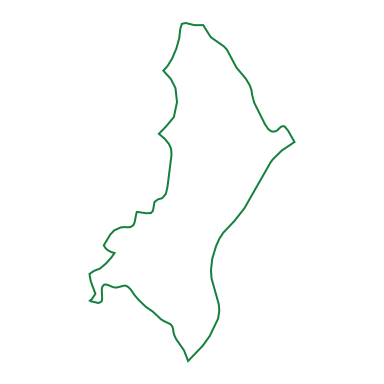 an SVG outline of Central
{"feature_id": "PRY-607", "entity_name": "Central", "entity_type": "Department", "adm_level": 1, "iso_a3": "PRY", "parent_name": "Paraguay", "parent_adm1": "", "projection": "natural_earth1", "projection_center": [-57.553, -25.559], "detail": "fine", "context": "isolated", "style": "outline", "palette": "green", "viewbox_px": 384, "rotation_deg": 0, "n_neighbors": 0, "source": "natural_earth", "source_scale": "10m", "svg_char_len": 1597}
<svg xmlns="http://www.w3.org/2000/svg" viewBox="0 0 384 384"><path d="M146.1,213.2L150.9,213.1L153.0,210.7L154.5,202.0L157.9,199.4L162.1,198.2L165.8,194.0L167.4,187.4L171.5,154.9L171.1,148.8L168.9,143.9L164.7,138.8L158.9,133.8L166.2,126.3L173.9,117.0L177.0,102.1L175.5,88.2L170.8,78.9L163.3,70.7L167.5,66.1L172.2,58.4L176.3,48.7L179.2,38.4L180.3,28.9L181.8,23.9L185.6,23.0L194.3,25.1L203.2,25.1L210.3,36.5L211.3,37.6L223.9,46.4L226.9,49.6L236.4,67.5L245.8,78.7L249.7,85.2L251.4,90.0L252.3,95.6L254.2,102.7L265.0,124.3L268.1,128.9L270.1,130.6L272.3,131.6L274.4,131.5L276.3,131.0L277.5,130.1L279.7,127.9L281.3,126.6L282.7,126.2L284.6,126.4L288.1,130.7L294.5,142.0L281.7,150.6L272.7,159.5L270.6,162.3L244.4,208.3L234.3,221.1L223.2,232.8L219.5,238.5L216.1,246.0L212.2,258.9L211.0,270.0L211.5,278.3L218.7,303.9L219.3,310.5L218.1,318.6L209.8,335.9L202.7,345.8L188.1,361.0L184.0,350.4L176.2,339.2L174.4,335.5L173.5,332.3L173.0,328.4L172.0,326.1L170.7,324.3L164.4,321.3L161.1,319.4L152.9,311.7L145.6,306.6L138.8,300.1L134.6,295.2L130.4,289.1L127.9,286.8L125.8,285.7L123.9,285.7L117.3,287.4L115.4,287.6L113.3,287.2L107.1,284.7L105.5,284.5L104.0,284.8L102.8,286.0L102.0,287.7L101.8,290.7L102.1,297.0L102.1,299.6L101.7,301.2L100.0,302.4L98.4,303.0L90.9,301.3L89.9,300.7L92.0,299.0L95.4,293.8L90.7,281.1L89.5,273.9L94.2,270.8L99.9,268.6L105.9,263.6L111.2,257.7L114.5,253.0L111.1,252.0L108.2,250.5L105.7,248.4L103.8,245.3L110.3,234.5L114.2,230.4L120.8,227.4L124.3,227.1L127.6,227.3L130.7,227.0L133.6,224.9L134.7,222.0L136.3,213.6L136.9,211.9L146.1,213.2Z" fill="none" stroke="#15803d" stroke-width="2"/></svg>